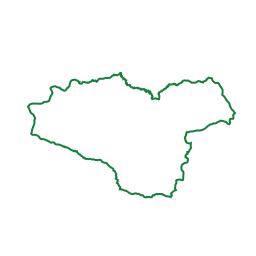 outline of Silos, Norte de Santander, Colombia, rotated 101°
{"feature_id": "7082276B89069958186341", "entity_name": "Silos", "entity_type": "district", "adm_level": 2, "iso_a3": "COL", "parent_name": "Colombia", "parent_adm1": "Norte de Santander", "projection": "robinson", "projection_center": [-72.792, 7.177], "detail": "fine", "context": "isolated", "style": "outline", "palette": "green", "viewbox_px": 256, "rotation_deg": 101, "n_neighbors": 0, "source": "geoboundaries", "source_scale": "gbopen_adm2", "svg_char_len": 5712}
<svg xmlns="http://www.w3.org/2000/svg" viewBox="0 0 256 256"><g transform="rotate(101 128 128)"><path d="M152.2,221.9L152.9,220.6L152.4,217.7L152.8,215.0L153.7,213.6L154.8,212.6L154.9,212.1L155.3,211.6L155.5,210.6L155.0,208.7L155.3,207.5L155.2,206.7L155.7,205.8L155.7,205.1L156.0,204.4L156.2,203.0L157.1,201.1L156.4,198.8L156.4,197.8L157.6,196.2L157.8,195.6L157.7,194.5L157.4,192.9L157.9,189.7L158.1,188.8L158.5,188.4L158.3,186.9L158.8,186.7L158.9,186.3L158.5,185.5L158.9,184.8L158.7,183.5L160.5,179.5L160.6,178.1L160.9,177.5L160.7,176.7L161.1,176.5L161.0,175.8L160.6,175.4L160.9,174.6L160.6,173.8L161.3,173.7L161.6,172.9L162.6,171.9L163.2,170.5L163.3,169.9L163.8,169.5L164.6,167.5L164.9,166.9L165.6,166.5L165.5,165.4L166.1,165.0L165.9,164.2L166.3,163.9L166.3,162.2L166.1,160.8L165.7,160.2L165.6,158.0L165.8,157.4L165.3,155.8L165.6,153.9L165.4,152.8L165.5,151.9L164.9,151.2L164.6,148.7L165.3,147.7L166.4,146.6L166.6,142.7L167.0,141.6L167.9,140.8L168.3,140.0L168.8,139.7L171.0,134.7L171.4,134.4L172.6,134.2L172.9,132.7L176.0,130.5L177.3,130.8L178.1,130.0L178.7,129.8L179.4,130.2L180.1,130.3L181.0,128.2L182.6,128.0L183.9,128.5L184.6,127.0L186.8,125.6L187.5,124.3L189.8,124.3L189.4,122.5L189.6,121.2L190.1,119.2L190.0,117.5L191.5,114.4L192.0,112.5L192.1,110.9L191.7,110.0L191.0,109.1L190.9,108.4L190.6,107.8L190.9,106.2L190.6,105.0L191.5,102.4L191.2,100.8L192.3,99.4L192.8,98.2L192.7,97.2L192.0,96.5L192.3,95.9L191.8,94.8L191.5,91.6L190.5,91.1L189.8,91.1L189.4,90.8L189.1,90.4L189.2,89.6L188.4,89.2L188.2,88.7L187.3,87.5L187.2,85.8L186.6,83.7L186.6,82.9L186.3,82.1L186.6,81.1L187.0,80.6L187.0,79.9L187.7,77.5L187.4,74.6L187.7,72.9L187.0,72.9L186.1,72.2L185.8,72.1L184.4,73.2L183.6,73.0L180.7,70.6L179.8,69.1L179.0,70.0L178.4,70.3L174.6,70.6L172.5,70.0L170.3,70.7L169.8,70.2L168.9,68.1L168.6,66.7L169.0,65.0L168.7,64.3L167.7,64.1L160.8,65.1L160.1,65.7L159.2,67.2L156.9,68.1L154.8,68.1L153.6,67.8L152.4,66.5L151.6,65.9L151.2,64.5L150.4,63.3L147.7,63.0L146.7,63.4L146.0,65.2L145.8,65.0L145.3,66.1L144.5,66.3L142.3,65.5L142.2,65.2L142.3,64.9L142.1,64.6L141.6,64.6L140.3,65.2L140.0,64.0L139.8,63.9L136.8,63.0L135.6,62.3L135.2,62.3L134.1,63.0L130.8,63.4L131.3,64.1L131.5,66.9L130.9,67.6L130.6,68.5L130.2,68.8L129.3,68.8L129.0,69.2L128.1,69.8L127.4,70.1L126.5,70.0L126.4,70.3L123.5,69.6L122.2,69.8L120.9,69.6L120.7,69.3L120.7,67.9L119.5,66.2L119.1,63.9L117.8,61.3L117.2,59.5L116.8,57.2L115.9,55.0L115.3,54.0L113.3,51.8L111.1,50.3L108.8,47.9L108.4,46.6L107.4,45.5L107.1,44.6L107.0,43.5L106.3,42.2L105.3,41.4L104.0,39.4L103.1,38.8L103.2,37.8L103.0,37.1L103.1,35.4L103.4,34.2L103.3,33.1L104.0,31.8L104.7,31.3L105.0,29.9L105.0,29.4L103.9,28.9L102.7,28.9L101.4,29.7L100.1,29.7L99.6,29.2L99.0,27.5L98.9,26.6L98.0,26.4L95.3,27.2L94.7,27.1L92.9,25.8L92.4,26.6L91.2,27.7L90.1,29.4L89.0,30.6L87.0,32.1L84.4,33.3L82.2,36.3L78.6,39.7L77.4,41.8L74.4,42.0L72.6,42.4L71.1,43.5L69.7,45.1L67.5,47.0L66.7,47.8L66.6,48.3L66.9,49.6L67.2,50.4L67.0,51.4L65.6,53.8L64.7,54.5L63.6,54.9L63.2,55.4L63.3,58.6L64.9,59.6L65.3,60.3L66.3,60.1L67.6,61.8L68.0,62.9L68.9,63.0L68.8,65.2L68.5,66.0L68.5,67.7L68.7,68.3L70.5,70.2L71.4,74.1L70.9,74.9L70.7,75.9L69.9,77.9L70.2,78.7L70.2,79.7L70.4,80.0L70.6,81.9L71.0,82.7L71.9,83.6L72.8,83.5L75.1,86.7L75.9,86.9L76.2,87.8L76.6,87.8L76.7,88.0L76.5,88.3L76.7,88.7L76.7,89.2L76.5,89.6L76.3,89.3L75.9,90.0L75.7,91.2L75.9,91.7L76.4,91.9L76.7,93.2L77.2,93.9L77.1,95.7L77.6,96.2L78.8,96.3L78.9,96.8L79.5,96.6L79.8,97.3L80.3,97.2L80.5,97.4L80.6,98.1L81.8,98.2L82.4,99.3L83.0,99.5L83.2,100.3L84.0,100.6L84.5,101.5L85.5,101.8L85.9,102.9L86.5,103.3L87.3,104.5L88.4,104.2L88.8,104.6L90.3,103.4L91.9,103.1L93.8,103.0L94.0,103.4L93.8,104.1L93.9,105.4L93.6,106.3L94.1,107.7L94.3,108.6L94.9,109.4L94.9,109.8L94.2,110.6L92.2,109.9L91.5,110.8L90.5,111.0L90.0,111.8L90.2,113.0L90.0,113.5L89.6,113.8L89.2,113.0L88.6,112.8L88.3,112.9L87.9,113.3L87.9,114.3L87.3,115.1L87.6,115.7L88.4,115.4L88.3,116.2L89.1,117.2L88.9,117.4L87.9,117.1L87.5,117.1L87.2,118.2L88.0,117.8L88.2,118.0L88.0,118.5L87.8,118.9L87.0,118.6L86.9,118.8L86.8,119.9L87.2,121.7L87.4,122.0L87.8,122.1L87.9,122.5L86.9,123.3L87.2,124.4L87.2,125.5L86.7,125.6L86.6,126.1L87.8,129.6L87.3,129.9L87.9,130.5L87.5,130.9L87.3,132.7L86.4,134.1L85.6,134.1L85.6,135.2L86.1,136.6L86.0,137.1L85.1,137.9L85.0,137.3L84.6,137.3L83.4,138.8L82.2,139.1L81.7,138.9L81.6,139.5L81.3,139.5L80.5,140.7L80.4,141.4L80.8,141.8L80.4,141.9L80.1,142.6L79.7,142.5L79.3,143.4L79.2,143.1L78.7,143.8L78.1,144.0L78.2,144.7L77.7,145.2L76.6,144.9L75.5,145.2L75.3,145.6L75.6,146.2L76.6,146.8L77.9,148.1L78.4,148.9L78.1,150.1L78.7,151.1L78.4,151.5L78.3,152.0L79.3,152.6L79.9,153.5L81.9,154.9L82.2,155.4L82.5,156.9L83.0,158.1L83.0,159.5L83.6,160.2L84.5,162.1L84.9,164.8L85.5,165.9L87.9,167.1L88.6,167.8L87.8,168.6L87.6,169.1L87.6,169.5L88.5,170.4L88.5,170.8L87.8,171.5L87.7,172.0L88.2,172.5L89.2,172.8L89.6,173.2L89.9,174.1L90.5,174.5L90.9,175.0L90.9,175.5L91.2,175.9L91.4,176.6L91.1,177.1L91.4,178.3L91.2,179.7L91.5,180.3L91.6,181.2L91.9,181.5L93.1,181.7L93.4,182.1L93.5,184.1L92.7,184.9L92.3,185.0L91.9,184.7L91.5,186.1L91.1,186.4L91.2,187.1L90.6,189.1L91.6,191.9L93.2,193.2L96.4,193.6L98.3,193.5L98.8,194.2L100.2,194.7L100.6,195.5L102.3,196.0L103.4,197.1L103.6,197.9L103.0,199.4L102.9,200.5L102.3,201.8L101.7,202.1L101.4,202.6L101.7,203.3L101.4,204.4L101.5,204.8L100.9,207.5L101.2,208.5L102.4,210.8L103.2,211.5L103.9,211.7L107.7,208.9L108.4,208.8L111.7,210.0L116.5,210.7L117.5,212.1L118.5,215.4L119.7,216.4L120.7,218.0L121.1,219.2L121.2,220.8L122.3,226.5L123.0,228.0L123.7,228.9L126.1,230.2L127.3,229.1L131.3,226.6L131.9,225.9L132.7,223.9L133.0,223.5L135.2,221.7L136.4,221.0L138.4,221.4L140.4,220.9L141.9,220.8L147.8,221.8L150.4,221.7L152.2,221.9Z" fill="none" stroke="#15803d" stroke-width="2"/></g></svg>